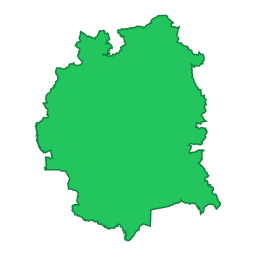 Metztitlán, Hidalgo, Mexico (Mercator projection)
{"feature_id": "50627088B46481232668966", "entity_name": "Metztitlán", "entity_type": "district", "adm_level": 2, "iso_a3": "MEX", "parent_name": "Mexico", "parent_adm1": "Hidalgo", "projection": "mercator", "projection_center": [-98.823, 20.565], "detail": "fine", "context": "isolated", "style": "filled", "palette": "green", "viewbox_px": 256, "rotation_deg": 0, "n_neighbors": 0, "source": "geoboundaries", "source_scale": "gbopen_adm2", "svg_char_len": 5747}
<svg xmlns="http://www.w3.org/2000/svg" viewBox="0 0 256 256"><path d="M125.2,239.9L126.4,239.8L127.6,240.6L128.8,240.5L130.3,239.6L131.3,238.5L131.4,237.7L133.0,236.6L136.4,231.1L139.1,229.9L139.0,227.8L139.6,226.3L141.1,225.1L143.5,223.9L150.3,226.2L150.9,209.8L168.5,206.4L177.1,202.8L177.7,203.2L180.0,202.1L181.0,201.3L181.2,200.2L181.7,201.0L184.7,202.8L188.1,203.0L189.8,204.1L190.3,203.3L195.4,203.5L198.2,208.3L198.3,206.7L198.7,206.9L200.8,212.0L200.3,213.0L200.8,214.2L202.0,212.4L203.2,212.3L204.0,209.6L204.1,207.3L208.6,204.3L210.0,204.0L213.8,204.7L215.4,207.3L216.2,208.0L216.0,208.5L217.0,209.0L218.1,206.7L219.4,206.3L220.4,203.6L220.4,202.8L218.9,201.6L217.0,197.6L216.5,195.0L215.5,194.4L213.3,194.2L212.5,193.5L212.1,190.2L213.3,190.0L213.3,187.9L211.2,186.4L210.6,187.2L209.7,185.7L208.3,185.7L208.2,185.3L209.4,184.7L207.9,184.6L207.7,181.7L206.6,180.6L205.2,181.1L205.5,180.4L204.8,178.7L205.4,177.6L207.2,177.2L208.5,176.0L208.5,175.4L207.0,173.8L207.2,173.0L205.3,171.6L204.4,168.8L200.6,164.6L198.3,163.3L200.3,162.0L200.8,160.0L202.0,159.8L201.9,152.0L203.7,150.3L201.6,149.9L200.2,150.4L198.9,149.9L195.0,152.1L191.9,152.5L189.6,153.3L189.5,152.8L189.6,150.6L190.8,148.8L191.4,146.2L189.0,145.0L190.1,143.5L194.5,144.3L196.8,143.8L199.2,144.6L201.5,144.5L202.3,143.2L201.6,142.3L205.4,137.8L205.7,136.8L204.8,136.2L205.0,134.9L207.0,132.8L206.8,131.5L206.3,131.3L206.5,130.7L206.0,130.5L206.3,130.2L205.5,129.2L205.7,128.3L202.9,128.1L201.6,127.4L199.1,128.8L197.9,127.3L195.6,127.1L196.6,125.8L196.3,123.4L198.5,123.1L200.4,124.2L202.0,121.8L206.0,121.2L204.2,119.7L201.3,114.7L202.7,113.2L204.1,113.1L205.8,111.0L205.5,109.4L204.3,107.8L204.8,107.2L204.1,106.4L205.3,104.9L206.3,104.5L205.2,102.2L206.1,99.5L204.3,98.0L204.4,95.4L202.3,96.0L201.2,95.2L200.9,89.8L198.5,89.8L198.6,88.8L198.1,88.5L198.0,87.8L196.4,86.7L196.3,85.5L195.5,84.7L195.4,83.8L194.0,81.6L193.6,79.2L191.9,77.1L192.7,75.8L192.2,73.2L191.7,72.9L192.2,70.1L191.3,69.1L192.1,67.9L191.4,64.3L193.1,65.4L193.8,67.0L194.4,67.2L195.4,65.5L198.1,66.1L199.5,65.7L200.2,64.9L200.4,63.8L201.5,63.9L201.9,63.4L202.3,64.0L202.8,63.9L202.6,61.9L204.2,59.9L203.6,55.9L203.1,54.5L202.2,54.3L201.1,54.6L199.1,52.1L198.1,55.2L196.0,54.4L194.0,54.5L192.2,53.0L191.8,50.7L188.2,49.0L188.3,47.7L187.4,46.6L184.3,45.9L182.7,45.0L181.1,42.8L179.7,43.4L177.0,41.6L178.8,38.7L176.6,35.3L177.6,32.5L177.9,29.2L179.0,28.2L179.2,26.9L177.2,27.8L173.0,26.5L171.3,26.5L171.3,23.8L173.3,22.8L168.1,18.5L167.0,16.0L166.1,15.4L158.1,15.7L157.4,16.7L152.2,19.2L151.0,21.2L150.7,22.7L151.2,23.2L149.7,23.5L146.1,25.5L145.3,27.2L143.7,27.4L143.5,27.8L141.8,26.7L139.4,26.4L138.4,26.7L137.8,26.2L136.1,26.6L134.7,27.7L129.9,28.0L127.4,29.0L126.5,28.7L125.8,29.1L121.6,28.9L120.9,30.0L117.9,30.1L118.1,31.8L117.8,32.6L119.8,33.6L120.6,35.2L120.3,35.5L120.5,36.1L120.6,35.5L121.1,35.9L121.8,35.2L121.3,36.7L122.1,37.1L123.0,36.1L123.6,36.2L124.5,41.1L124.3,42.0L125.4,42.8L125.7,44.2L120.7,47.3L120.9,48.3L121.5,48.7L121.1,50.6L120.3,50.3L119.7,50.8L118.8,53.1L116.1,53.1L116.1,54.5L112.7,54.4L112.7,55.8L110.7,55.7L109.7,56.4L105.0,55.0L103.6,55.1L103.0,54.3L109.6,54.2L109.6,52.8L107.7,52.8L107.9,50.4L109.5,50.5L109.6,48.2L112.1,48.3L112.0,46.5L111.1,45.1L108.4,42.6L107.5,42.4L107.1,43.7L106.1,43.5L106.8,41.3L109.6,39.4L108.0,33.4L107.4,33.1L105.6,33.8L104.4,32.2L104.7,31.1L103.4,30.4L101.5,31.3L99.7,30.7L97.4,36.0L95.9,36.9L95.3,37.8L95.3,38.6L94.7,38.7L88.9,36.2L88.9,36.6L87.8,36.9L84.8,34.2L80.9,31.5L80.3,32.2L80.9,33.8L79.9,35.7L79.3,38.2L80.5,41.3L77.3,42.3L75.3,45.3L77.3,47.4L78.9,47.9L80.0,49.8L78.6,51.9L78.8,53.4L78.1,54.4L77.9,56.1L79.4,58.8L82.4,61.6L82.2,63.0L80.6,64.9L77.2,65.5L74.2,64.9L73.9,62.9L72.9,63.8L69.5,64.1L68.9,65.2L69.1,66.2L68.5,67.0L66.4,67.6L66.3,68.1L64.9,68.8L63.4,69.1L60.1,68.0L56.7,68.0L55.7,71.6L55.9,73.6L58.0,76.4L57.8,80.0L55.6,81.9L55.9,83.2L55.0,84.7L53.8,85.5L54.7,86.5L50.9,89.1L50.8,90.5L49.7,93.0L47.8,93.6L46.3,95.5L45.8,99.0L46.1,100.7L47.4,102.6L43.2,103.1L45.3,106.5L45.7,108.0L47.6,108.9L47.9,110.5L47.2,112.0L47.7,114.1L46.9,115.0L48.3,115.5L48.4,116.5L47.4,117.6L45.5,118.0L43.7,117.5L42.5,119.2L41.8,121.4L40.4,121.2L39.5,122.8L38.5,123.1L37.8,122.5L37.0,122.6L36.8,124.1L36.1,124.0L36.5,125.2L35.6,126.0L36.6,126.2L35.9,127.8L36.6,129.1L36.2,129.9L37.1,130.8L36.6,132.1L37.2,133.2L36.6,134.1L38.1,134.7L36.7,135.7L37.5,135.7L37.5,137.3L36.9,138.1L37.6,138.6L36.5,140.2L37.7,140.8L37.1,141.9L38.2,142.5L37.9,143.4L38.5,143.9L38.2,144.7L38.8,145.4L38.7,146.4L39.4,146.4L39.5,147.8L40.6,147.8L40.2,149.2L41.5,150.6L42.8,150.8L42.7,151.6L43.8,152.7L44.4,152.0L45.3,152.7L50.7,150.2L52.2,158.1L50.1,158.6L49.2,157.4L45.9,157.1L45.6,158.5L46.3,159.6L45.8,160.2L46.3,164.0L45.9,164.3L46.5,165.4L45.6,167.6L45.1,167.3L44.6,167.7L45.0,168.6L46.3,168.7L45.4,169.8L59.6,169.8L61.2,171.0L62.2,170.8L65.6,171.3L69.7,178.4L68.4,182.9L67.7,183.9L68.4,185.8L68.5,189.0L72.1,189.1L73.3,190.1L76.4,190.6L78.4,193.3L76.8,200.9L79.1,204.9L74.7,204.6L72.5,205.6L72.2,206.2L72.4,207.9L72.9,208.5L72.0,210.2L72.7,210.7L73.1,211.6L74.7,212.7L74.7,214.5L77.4,215.2L77.8,216.0L79.2,215.7L80.0,216.5L82.0,216.8L83.3,219.3L84.2,220.2L85.4,219.7L85.7,220.6L87.2,220.2L88.3,221.1L89.7,220.3L93.7,220.4L94.1,221.5L95.5,222.0L97.9,221.3L97.7,223.0L98.2,223.9L99.2,224.2L100.0,223.8L100.6,224.4L101.0,223.9L102.2,224.5L103.6,226.2L104.7,225.8L104.8,227.2L106.3,226.8L106.9,228.2L108.2,228.4L108.6,229.0L112.0,227.8L114.2,228.3L115.4,227.1L115.5,226.2L118.0,226.2L117.3,225.0L118.0,224.3L118.7,224.2L120.0,225.0L121.3,227.4L122.7,228.1L123.1,229.3L122.8,230.5L124.2,230.9L123.9,232.7L125.2,231.6L125.5,233.1L126.4,233.9L126.5,234.9L125.1,235.2L126.0,235.9L125.8,236.8L124.5,237.1L125.2,239.9Z" fill="#22c55e" stroke="#15803d" stroke-width="1.5"/></svg>